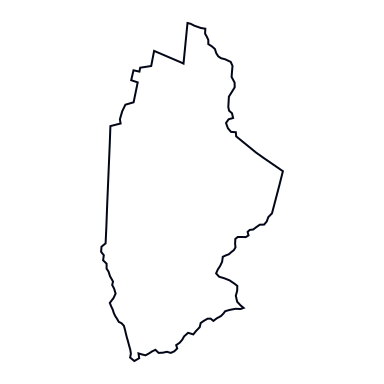 Boqueirão, Paraíba, Brazil
{"feature_id": "56859067B76212696864709", "entity_name": "Boqueirão", "entity_type": "district", "adm_level": 2, "iso_a3": "BRA", "parent_name": "Brazil", "parent_adm1": "Paraíba", "projection": "robinson", "projection_center": [-36.141, -7.501], "detail": "fine", "context": "isolated", "style": "outline", "palette": "ink", "viewbox_px": 384, "rotation_deg": 0, "n_neighbors": 0, "source": "geoboundaries", "source_scale": "gbopen_adm2", "svg_char_len": 1990}
<svg xmlns="http://www.w3.org/2000/svg" viewBox="0 0 384 384"><path d="M282.9,171.2L263.4,157.8L256.1,152.6L236.2,136.4L235.8,132.2L231.0,131.9L227.9,128.2L226.0,123.0L228.6,119.3L233.1,118.0L232.0,113.3L229.1,110.7L228.3,107.1L228.6,101.9L228.9,96.6L232.0,91.7L234.7,87.3L234.6,82.6L231.6,77.0L232.0,71.6L232.5,65.9L230.7,61.9L225.2,59.3L221.0,58.2L218.3,56.4L216.3,53.3L214.9,49.0L211.8,46.3L208.3,44.1L208.3,39.9L206.9,36.9L205.1,33.7L205.3,28.7L201.0,28.0L197.7,26.9L194.1,25.6L190.7,23.8L187.5,23.0L183.5,63.6L180.3,62.1L154.1,50.9L151.2,66.0L140.2,67.7L139.4,71.6L133.5,70.3L131.2,80.2L137.7,82.4L133.6,102.3L125.4,104.7L122.2,111.3L119.9,119.3L120.6,123.5L110.4,126.1L109.8,142.7L107.2,204.3L106.3,228.2L105.6,243.3L101.5,246.7L101.1,251.8L103.8,255.2L103.1,260.3L106.6,263.7L106.6,268.7L108.5,271.5L110.0,276.2L113.0,281.5L112.2,285.0L114.1,288.6L115.6,293.6L113.5,298.1L109.8,302.9L111.1,306.2L112.7,309.5L113.8,313.0L115.2,316.0L117.1,318.9L118.7,321.8L121.5,323.2L123.9,325.8L125.1,330.2L125.9,333.6L126.7,336.9L127.9,341.0L129.3,346.3L130.3,349.8L130.9,353.8L130.1,357.5L134.3,361.0L139.2,358.2L138.5,353.4L141.9,354.4L145.5,355.3L148.7,353.6L152.1,351.4L155.4,349.8L158.6,352.9L162.8,352.7L166.9,351.8L170.8,352.9L174.3,351.3L177.2,348.5L176.2,345.1L179.6,342.8L182.2,339.8L184.1,336.4L188.1,332.8L193.3,334.4L196.1,330.9L199.7,327.2L200.7,323.0L203.7,320.9L207.6,318.7L210.7,318.7L213.4,320.9L216.8,318.3L220.9,316.1L223.3,313.7L225.2,311.2L229.7,309.9L235.5,308.8L240.5,309.0L243.6,307.9L240.7,305.5L237.2,301.8L235.8,295.8L237.2,290.6L237.3,285.9L234.5,283.7L229.6,280.4L224.7,278.4L219.1,276.7L216.1,273.4L217.8,269.5L220.1,266.0L222.1,261.8L222.8,256.8L226.0,255.3L228.8,254.3L231.3,252.1L233.9,250.1L235.5,247.3L235.1,243.9L235.3,239.0L237.7,237.0L241.8,237.0L245.8,237.1L248.5,235.4L247.6,231.9L249.8,229.9L253.2,229.5L256.2,227.2L259.8,224.7L264.1,224.6L266.7,221.5L268.4,217.0L272.0,213.3L279.4,185.1L282.9,171.2Z" fill="none" stroke="#020617" stroke-width="2"/></svg>